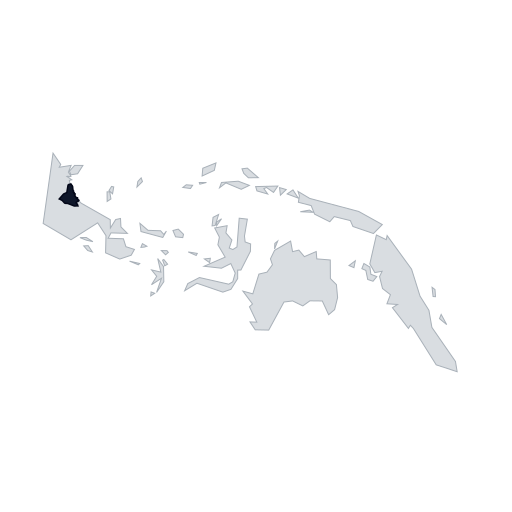 location of Asmat, Papua, Indonesia, rotated 188°
{"feature_id": "22746128B62198228854475", "entity_name": "Asmat", "entity_type": "district", "adm_level": 2, "iso_a3": "IDN", "parent_name": "Indonesia", "parent_adm1": "Papua", "projection": "natural_earth1", "projection_center": [138.155, -5.583], "detail": "fine", "context": "in_parent", "style": "filled", "palette": "ink", "viewbox_px": 512, "rotation_deg": 188, "n_neighbors": 0, "source": "geoboundaries", "source_scale": "gbopen_adm2", "svg_char_len": 5963}
<svg xmlns="http://www.w3.org/2000/svg" viewBox="0 0 512 512"><g transform="rotate(188 256 256)"><path d="M175.9,208.0L184.1,220.7L196.4,219.1L202.7,213.1L213.5,216.6L221.9,214.3L233.1,184.4L246.5,182.8L252.8,189.9L246.0,190.6L255.4,204.8L252.8,208.0L264.1,219.4L253.9,218.1L250.6,238.5L242.9,241.5L238.5,249.6L241.3,255.2L238.4,264.2L223.8,275.6L220.4,265.4L214.4,267.8L208.0,262.1L197.0,268.8L195.4,261.6L181.9,262.4L179.2,244.0L172.4,238.9L169.4,226.2L170.7,213.8L175.9,208.0ZM40.7,169.4L62.4,173.3L90.1,206.2L93.5,208.9L95.0,205.5L113.7,223.8L109.1,227.7L119.7,226.9L117.5,236.4L126.2,241.4L130.8,252.9L129.0,258.4L136.0,256.1L142.2,264.0L139.7,293.6L129.3,290.3L129.0,294.5L100.1,264.6L88.0,239.1L77.2,226.3L71.9,209.8L43.8,179.3L40.7,169.4ZM471.3,258.6L471.3,329.6L462.1,319.5L463.2,316.5L451.7,320.0L453.5,312.9L450.3,309.2L451.4,308.6L453.3,308.9L454.4,308.5L449.0,305.8L451.4,304.9L446.5,292.0L436.5,284.0L405.4,271.7L404.1,263.4L400.0,272.6L395.4,274.3L393.8,266.0L386.5,260.5L402.8,258.7L404.9,253.0L389.7,254.6L386.1,247.1L377.3,245.6L379.7,239.4L390.5,234.0L405.4,238.2L407.4,255.3L417.4,266.8L441.5,246.3L471.3,258.6ZM319.7,219.2L309.0,226.8L279.1,224.3L275.4,227.2L274.2,236.2L279.9,245.0L288.5,239.1L306.0,238.6L286.4,250.6L295.3,261.8L294.9,269.6L300.8,278.0L288.8,282.0L289.0,274.7L282.1,268.5L283.6,260.1L279.8,259.2L276.1,262.3L277.9,291.1L269.7,291.3L270.2,274.1L268.7,268.4L263.0,267.2L262.2,259.8L269.0,240.0L272.2,239.5L271.0,231.1L276.2,219.5L283.8,215.6L310.7,220.8L321.8,211.7L319.7,219.2ZM142.8,294.6L164.1,298.7L167.5,304.2L184.0,305.9L187.7,300.2L203.8,305.6L208.4,313.6L221.5,315.1L221.4,321.8L223.4,325.8L210.8,320.5L160.5,314.4L135.3,304.7L142.8,294.6ZM346.5,220.8L355.5,213.0L351.5,222.1L357.5,227.7L348.0,226.8L353.0,239.8L346.1,232.7L343.7,217.7L349.4,206.1L346.5,220.8ZM350.9,261.4L373.3,264.2L375.5,272.2L366.5,266.4L354.0,267.7L350.3,264.5L348.2,268.2L350.9,261.4ZM300.4,324.0L284.0,327.6L272.4,325.0L279.9,320.0L296.0,324.2L301.6,318.5L300.4,324.0ZM253.0,319.0L264.1,320.6L266.0,324.7L244.1,328.3L247.5,321.4L255.1,325.3L257.6,323.8L253.0,319.0ZM320.5,327.7L320.9,335.5L308.6,342.6L309.2,335.0L320.5,327.7ZM142.1,248.3L145.2,257.0L149.4,258.2L148.1,263.6L141.7,260.9L139.7,253.9L133.5,252.4L136.6,247.3L142.1,248.3ZM448.3,320.4L440.0,321.6L444.1,312.6L450.5,310.7L452.6,314.0L448.3,320.4ZM274.4,332.4L279.6,336.1L282.0,340.4L276.8,341.8L264.6,333.9L274.4,332.4ZM338.3,263.8L341.8,269.7L336.7,271.8L330.8,267.4L331.1,264.0L338.3,263.8ZM222.2,319.2L233.8,321.8L228.6,326.6L222.2,319.2ZM240.3,319.6L242.2,327.0L235.3,326.0L240.3,319.6ZM162.6,259.5L157.0,265.1L157.4,258.1L162.6,259.5ZM411.0,289.3L412.4,298.8L409.8,299.2L407.6,292.3L411.0,289.3ZM218.3,306.0L209.4,308.9L205.6,307.2L218.3,306.0ZM303.7,279.7L303.9,288.3L298.8,291.9L300.7,280.5L303.7,279.7ZM57.6,214.6L65.6,219.5L64.5,223.9L57.6,214.6ZM77.3,249.5L74.1,247.7L72.6,240.7L75.0,240.5L77.3,249.5ZM380.6,317.4L378.8,313.9L383.5,307.7L383.4,313.3L380.6,317.4ZM371.3,230.9L380.5,233.3L370.1,232.4L371.3,230.9ZM315.3,248.2L323.7,250.6L314.5,250.4L315.3,248.2ZM299.8,283.9L295.3,288.1L299.2,280.5L299.8,283.9ZM418.6,237.2L423.4,238.0L428.0,242.0L423.6,242.9L418.6,237.2ZM338.0,313.7L335.0,316.8L328.6,317.2L330.3,313.7L338.0,313.7ZM410.7,300.4L408.7,304.8L406.5,304.6L406.7,297.6L410.7,300.4ZM350.5,248.2L344.9,248.9L343.3,247.4L345.7,244.6L350.5,248.2ZM419.5,247.5L426.4,248.1L432.9,249.7L426.6,250.7L419.5,247.5ZM301.0,243.0L306.7,245.9L300.9,247.4L301.0,243.0ZM354.9,205.8L351.1,205.0L354.7,201.8L354.9,205.8ZM315.3,321.9L321.6,319.3L322.4,320.9L315.3,321.9ZM371.2,248.5L370.2,252.4L365.4,250.5L367.8,249.3L371.2,248.5ZM239.1,271.1L236.6,273.8L238.6,265.6L239.1,271.1ZM345.0,233.6L347.9,238.9L346.8,239.7L342.4,235.6L345.0,233.6Z" fill="#d9dde1" stroke="#a8b0b8" stroke-width="1"/><path d="M452.2,281.6L451.1,281.7L450.1,281.8L449.4,281.8L448.8,281.6L446.5,281.1L444.6,280.6L444.4,280.6L443.0,280.2L442.5,280.3L442.1,280.3L441.0,280.6L440.2,280.7L439.3,280.8L439.7,281.7L440.0,282.3L440.4,282.7L440.8,282.8L441.5,283.5L441.6,284.0L441.3,284.3L441.1,284.5L440.8,284.7L440.5,284.9L440.3,285.0L440.1,285.0L439.9,285.2L439.9,285.3L439.8,285.5L439.7,285.5L439.6,285.8L439.8,285.9L439.8,286.0L439.7,286.1L439.4,286.1L439.2,286.2L439.1,286.3L439.1,286.5L439.3,286.7L439.5,286.7L439.6,286.8L439.9,287.0L440.0,287.0L440.0,286.9L440.1,287.0L440.3,287.0L440.4,287.3L440.6,287.6L440.8,287.7L440.9,287.8L440.9,288.0L440.7,288.2L440.7,288.3L440.7,288.5L440.8,288.7L441.1,288.6L441.3,288.6L441.4,288.8L441.5,288.8L441.6,288.7L441.8,288.7L442.0,288.5L442.3,288.7L442.3,288.8L442.5,289.1L442.7,289.3L442.8,289.4L442.8,289.5L443.0,289.6L443.1,289.8L443.4,290.1L443.5,290.1L443.8,290.2L443.9,290.3L444.0,290.3L444.0,290.7L443.9,290.7L443.9,290.8L443.8,291.0L443.7,291.1L443.7,291.3L443.7,291.5L443.8,291.7L443.7,291.7L443.8,291.7L443.8,291.8L443.8,292.0L443.9,292.3L443.9,292.5L444.0,292.6L444.2,292.8L444.1,292.7L444.5,292.5L444.9,292.5L445.0,292.7L444.9,292.8L444.8,293.0L444.8,293.3L444.9,293.5L445.0,293.6L445.3,293.6L445.5,293.6L445.8,293.7L445.9,293.8L445.9,294.0L445.7,294.1L445.7,294.3L445.7,294.5L445.7,294.8L445.8,294.8L446.0,295.0L446.2,295.4L446.2,295.5L446.3,295.6L446.3,295.8L446.4,296.0L446.5,296.2L446.6,296.3L446.6,296.5L446.7,296.9L446.8,296.9L446.9,297.1L447.0,297.3L447.0,297.5L446.9,297.5L447.0,298.1L447.0,298.3L447.1,298.5L447.2,298.8L447.4,299.1L447.3,299.3L447.4,299.5L447.7,299.8L447.8,299.9L447.8,300.0L448.0,300.1L448.1,300.3L448.3,300.4L448.3,300.5L448.7,300.8L448.8,300.9L448.8,301.0L449.0,301.2L449.0,301.3L449.2,301.5L449.3,301.6L449.6,301.5L449.6,301.2L449.9,301.1L450.2,301.1L450.3,301.2L450.5,301.0L450.5,300.9L450.8,300.8L451.0,300.8L451.3,300.8L451.4,300.7L451.5,300.6L451.7,300.4L451.8,300.3L451.9,300.2L452.0,300.1L452.2,292.5L455.2,290.6L458.8,285.1L457.5,284.7L455.6,284.0L454.0,282.7L453.0,281.8L452.2,281.6ZM440.8,287.7L440.7,287.7L440.7,287.8L440.8,287.8L440.8,287.7L440.8,287.7Z" fill="#0f172a" stroke="#020617" stroke-width="1.5"/></g></svg>